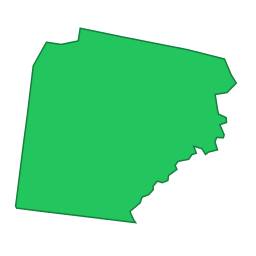 the district of Clearfield, Pennsylvania, United States of America, rotated 7°
{"feature_id": "52423323B589522588681", "entity_name": "Clearfield", "entity_type": "district", "adm_level": 2, "iso_a3": "USA", "parent_name": "United States of America", "parent_adm1": "Pennsylvania", "projection": "mercator", "projection_center": [-78.301, 40.989], "detail": "fine", "context": "isolated", "style": "filled", "palette": "green", "viewbox_px": 256, "rotation_deg": 7, "n_neighbors": 0, "source": "geoboundaries", "source_scale": "gbopen_adm2", "svg_char_len": 745}
<svg xmlns="http://www.w3.org/2000/svg" viewBox="0 0 256 256"><g transform="rotate(7 128 128)"><path d="M177.3,43.0L111.4,38.3L68.4,34.8L68.0,47.6L51.5,53.2L36.6,52.8L26.4,77.8L26.5,126.5L26.2,157.4L26.0,219.3L27.2,221.1L50.8,221.2L147.1,221.0L144.6,218.3L140.1,210.6L149.2,200.7L150.3,195.0L156.7,191.6L160.6,186.1L159.9,182.9L163.6,177.2L168.6,178.1L174.0,175.2L174.0,170.2L181.6,163.1L179.3,159.3L181.8,155.0L192.0,151.7L194.7,146.6L198.9,144.7L195.5,138.1L203.9,139.5L208.1,144.8L211.0,142.0L219.5,138.8L216.0,131.2L217.1,126.6L223.8,126.1L224.3,123.1L218.8,113.5L225.1,110.5L224.2,105.8L216.1,103.1L214.5,98.5L210.4,84.1L221.9,80.8L230.0,70.2L224.0,62.8L215.4,47.8L177.3,43.0Z" fill="#22c55e" stroke="#15803d" stroke-width="1.5"/></g></svg>